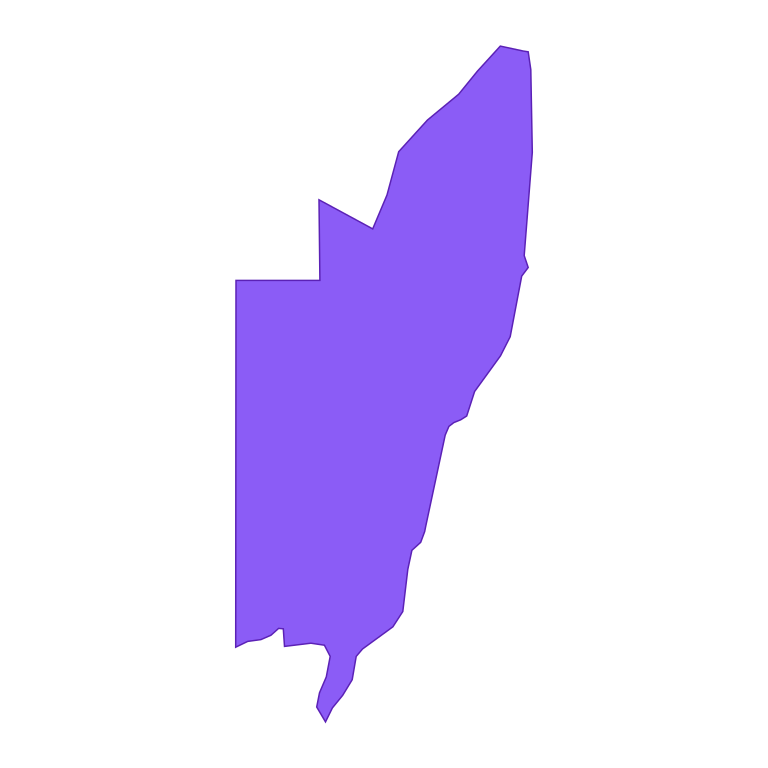 map outline of Al Wakrah (Equal Earth projection)
{"feature_id": "QAT-1101", "entity_name": "Al Wakrah", "entity_type": "Municipality", "adm_level": 1, "iso_a3": "QAT", "parent_name": "Qatar", "parent_adm1": "", "projection": "equal_earth", "projection_center": [51.437, 24.907], "detail": "fine", "context": "isolated", "style": "filled", "palette": "violet", "viewbox_px": 768, "rotation_deg": 0, "n_neighbors": 0, "source": "natural_earth", "source_scale": "10m", "svg_char_len": 773}
<svg xmlns="http://www.w3.org/2000/svg" viewBox="0 0 768 768"><path d="M528.2,51.8L530.8,69.6L532.3,152.4L524.2,255.6L528.2,267.5L521.7,276.1L510.2,336.7L500.5,355.8L474.6,391.5L466.7,416.0L460.7,419.8L453.8,422.6L448.9,426.4L445.2,435.1L425.7,526.4L424.7,531.5L420.7,542.3L411.9,550.3L407.8,569.4L402.8,611.5L392.9,626.8L362.5,649.0L356.2,656.4L352.2,679.7L342.7,695.3L332.4,707.9L325.5,721.9L316.7,707.0L319.5,692.8L326.3,676.9L330.2,656.4L324.4,645.2L310.9,643.2L284.5,646.4L283.3,628.8L278.6,628.4L271.0,635.2L260.9,639.6L247.7,641.4L235.7,647.2L236.0,280.4L319.9,280.4L319.0,199.8L372.7,228.9L387.0,195.0L398.7,151.7L416.2,132.4L427.5,120.0L440.2,109.5L458.7,94.2L477.4,71.2L500.3,46.1L523.0,51.0L528.2,51.8Z" fill="#8b5cf6" stroke="#5b21b6" stroke-width="1.5"/></svg>